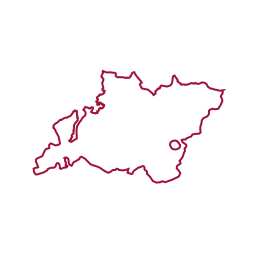 outline of Faradje, Orientale, Democratic Republic of the Congo, rotated 77°
{"feature_id": "63176286B94121502354965", "entity_name": "Faradje", "entity_type": "district", "adm_level": 2, "iso_a3": "COD", "parent_name": "Democratic Republic of the Congo", "parent_adm1": "Orientale", "projection": "robinson", "projection_center": [29.876, 3.486], "detail": "fine", "context": "isolated", "style": "outline", "palette": "rose", "viewbox_px": 256, "rotation_deg": 77, "n_neighbors": 0, "source": "geoboundaries", "source_scale": "gbopen_adm2", "svg_char_len": 5857}
<svg xmlns="http://www.w3.org/2000/svg" viewBox="0 0 256 256"><g transform="rotate(77 128 128)"><path d="M185.3,115.7L187.7,112.4L187.7,110.8L188.1,109.4L188.1,108.5L187.5,107.0L189.2,103.7L188.3,96.6L186.8,89.6L183.8,87.2L181.1,88.0L178.4,89.6L176.6,89.1L175.8,88.3L174.3,84.7L172.8,84.7L171.7,85.2L169.2,81.9L166.5,80.0L164.9,79.2L163.3,77.7L160.5,77.4L160.0,76.1L158.0,75.0L157.4,75.1L156.8,75.5L154.3,77.9L152.8,78.3L151.7,78.3L151.6,77.1L152.2,74.5L151.2,73.4L150.5,68.4L148.8,66.7L148.9,63.8L149.5,59.7L148.4,58.1L147.0,58.1L144.3,57.6L142.4,56.9L140.8,55.8L137.3,54.4L135.4,52.4L134.6,48.5L133.3,46.5L132.3,45.9L129.5,45.3L128.6,43.9L128.3,41.2L129.4,38.8L129.5,35.5L127.5,33.8L126.4,32.5L123.1,30.1L121.4,29.8L118.1,30.5L116.5,29.2L116.1,28.5L114.8,27.7L114.0,27.8L113.3,27.4L112.7,26.5L112.3,30.0L112.0,30.9L111.0,32.6L110.0,35.1L109.0,36.4L108.2,38.5L106.1,40.7L105.4,40.9L105.1,41.2L103.9,41.2L102.8,41.8L101.5,42.7L100.9,43.8L100.2,46.2L100.6,47.0L100.9,49.2L100.1,51.5L99.2,52.1L99.2,52.4L99.7,53.6L99.6,53.9L99.2,54.3L98.5,56.3L98.9,58.5L99.0,61.7L98.7,62.7L98.1,63.5L97.9,65.8L97.7,66.5L97.4,66.8L97.0,66.9L96.7,66.7L96.2,66.8L95.3,68.1L93.6,69.3L93.4,69.2L92.9,68.8L92.1,69.2L91.4,69.1L89.8,70.0L87.4,70.8L87.6,71.8L88.0,72.7L92.8,74.4L94.8,75.5L96.0,77.0L96.4,80.6L94.1,86.0L94.4,86.6L95.1,86.9L95.3,87.8L95.6,88.0L96.3,87.9L96.7,88.4L96.4,89.8L96.4,90.2L97.1,90.4L97.3,91.3L98.2,92.3L98.3,93.1L98.5,93.2L99.2,93.2L100.6,93.4L100.8,93.6L100.8,94.4L101.0,94.9L101.3,95.0L101.6,95.7L99.7,96.5L95.1,99.9L93.4,103.9L92.5,105.6L88.2,106.7L87.2,105.4L86.9,104.4L83.4,105.9L79.2,108.1L75.7,109.3L75.1,109.3L75.0,110.3L75.2,111.3L75.7,111.9L77.4,112.9L77.7,113.2L77.9,114.0L78.5,114.2L79.1,114.7L79.3,116.5L78.7,117.3L78.8,118.1L78.6,118.7L78.7,119.2L78.0,120.1L77.3,122.1L76.5,124.9L76.3,126.5L75.1,128.0L74.3,128.3L72.7,127.6L71.9,127.8L71.4,128.3L69.7,133.0L69.1,136.2L68.5,137.4L66.8,139.5L67.4,140.1L68.0,140.2L68.6,140.0L69.1,140.2L69.6,140.8L71.7,142.4L72.2,142.3L73.1,141.6L73.8,141.6L74.3,141.1L74.7,140.9L76.9,141.8L78.0,142.9L79.4,143.1L83.6,143.0L83.9,143.3L84.0,144.1L84.4,144.3L85.4,144.3L86.3,143.8L86.5,143.5L86.3,142.8L86.4,142.4L86.8,142.5L87.0,143.4L87.3,143.4L87.6,142.9L88.1,143.0L88.7,143.7L89.1,144.8L89.4,145.3L89.5,146.8L89.2,147.0L89.0,147.9L89.2,148.4L89.8,148.5L91.0,151.1L91.5,151.4L92.5,151.5L93.2,150.8L93.6,150.8L94.3,151.6L94.6,151.6L94.9,151.8L95.0,152.2L94.9,152.8L95.1,153.0L95.9,152.3L96.6,152.4L96.5,152.0L96.8,151.5L97.2,151.4L97.5,151.6L97.8,152.4L98.1,152.7L98.5,152.7L98.8,152.4L98.2,151.6L98.1,151.2L98.7,150.8L98.5,150.5L97.6,150.4L96.8,149.7L97.9,148.3L98.8,148.3L99.0,148.0L98.9,147.6L99.1,147.2L100.2,147.4L100.4,147.0L100.0,146.4L100.2,146.1L100.9,146.1L102.4,147.5L103.0,148.8L102.9,149.8L102.4,150.0L102.1,150.5L102.3,151.0L103.1,151.5L103.2,152.1L103.9,152.2L104.3,152.9L104.8,153.0L105.2,153.6L105.0,154.3L106.4,154.2L106.6,154.4L106.5,154.9L106.1,155.9L106.4,156.7L105.7,157.8L105.4,159.0L104.0,160.3L103.0,159.2L101.7,158.2L100.2,157.5L99.7,158.8L99.9,159.9L100.5,160.7L100.2,161.4L99.7,161.8L99.4,162.3L98.9,162.8L98.4,164.3L97.9,164.8L100.3,167.4L102.0,166.1L104.2,165.9L106.2,166.9L107.7,169.9L110.4,172.5L111.5,174.0L112.8,175.3L114.4,176.9L116.5,178.0L117.8,178.4L120.2,179.0L126.6,180.2L127.0,180.8L127.4,182.5L128.6,185.6L128.7,186.8L128.3,187.3L128.1,187.6L127.0,188.1L126.6,186.5L126.2,186.0L125.5,186.0L125.2,185.5L124.8,185.5L124.1,184.4L123.9,184.3L123.4,184.7L122.4,184.5L121.4,183.4L121.3,182.5L121.1,182.3L119.9,182.2L119.2,181.6L118.8,181.6L118.4,181.9L118.1,181.8L117.4,181.0L116.8,181.0L116.0,180.8L114.9,180.3L114.3,180.4L113.0,179.9L111.6,178.5L109.1,175.2L107.9,175.0L107.3,174.6L106.7,174.6L106.4,175.2L105.8,175.2L105.5,174.9L104.9,174.8L104.6,174.6L104.3,174.5L104.1,174.7L102.7,174.7L101.0,174.1L100.1,174.1L100.2,174.8L99.9,175.1L99.8,175.5L99.1,175.4L99.0,176.0L99.2,176.5L99.7,177.0L99.8,177.7L100.6,178.0L101.7,179.5L102.1,179.7L102.3,180.3L103.1,181.1L103.5,182.1L103.6,183.5L104.2,184.8L103.9,185.7L104.0,187.6L104.6,190.0L105.2,191.1L105.1,191.7L104.8,192.2L105.4,193.4L105.8,193.8L106.7,195.6L107.5,198.0L108.7,199.9L109.2,200.1L110.6,200.2L111.0,200.7L113.3,199.3L114.4,199.3L120.7,197.6L127.7,197.7L128.4,198.5L128.7,199.5L128.7,202.4L127.4,204.4L126.2,205.7L125.7,207.0L126.7,208.6L129.9,209.3L130.1,212.6L130.6,213.4L131.3,214.2L136.1,217.8L137.2,223.2L137.9,224.7L139.7,225.3L145.9,224.3L146.2,225.5L146.0,226.0L146.0,227.3L146.4,229.1L149.9,229.5L152.3,228.5L152.8,227.2L152.3,219.9L151.1,216.4L150.0,215.3L149.4,212.3L150.0,208.8L149.2,207.2L147.6,206.4L146.3,204.9L146.7,203.8L147.5,203.2L149.5,203.0L152.0,203.4L152.8,202.4L152.3,200.2L152.5,196.6L151.6,195.6L151.3,195.6L151.1,195.8L150.9,197.2L148.1,196.4L147.0,196.4L145.8,196.8L144.4,196.3L143.6,196.3L143.0,196.8L142.7,196.0L142.8,194.8L143.2,194.2L144.5,193.2L146.1,193.1L148.2,193.6L150.3,193.4L152.1,191.4L149.0,188.6L148.7,186.7L147.7,184.0L147.6,182.8L147.4,182.4L146.6,182.1L146.0,181.4L145.5,179.8L148.5,176.6L154.8,172.8L156.4,170.6L157.5,168.5L159.4,165.6L160.6,164.2L164.7,160.4L166.5,158.2L167.3,156.9L167.0,156.3L166.7,154.7L165.6,152.6L165.6,151.7L165.9,150.7L166.0,149.8L165.6,148.7L165.1,148.4L165.6,147.1L166.4,146.4L166.8,146.3L168.2,142.5L168.3,139.8L168.0,136.8L169.1,137.5L170.9,138.1L171.4,138.5L171.9,137.9L172.5,136.6L173.0,136.2L173.5,135.3L173.6,134.0L172.3,133.2L171.5,132.4L170.8,131.3L169.8,129.0L168.8,126.2L168.9,125.7L168.9,124.8L168.4,122.6L168.6,121.9L168.9,121.3L169.6,120.9L170.4,120.8L171.5,121.2L172.1,121.2L173.1,120.6L174.4,119.4L176.4,119.5L176.8,119.8L180.5,117.5L185.3,115.7ZM153.2,82.5L153.6,81.9L154.7,81.8L156.2,81.1L157.3,81.2L158.1,81.6L158.8,82.4L159.3,83.4L159.6,84.6L159.7,86.1L158.9,88.7L157.9,89.7L156.9,90.3L153.8,90.9L152.9,90.6L151.3,89.3L150.6,87.0L150.9,84.4L151.9,83.1L153.2,82.5Z" fill="none" stroke="#9f1239" stroke-width="2"/></g></svg>